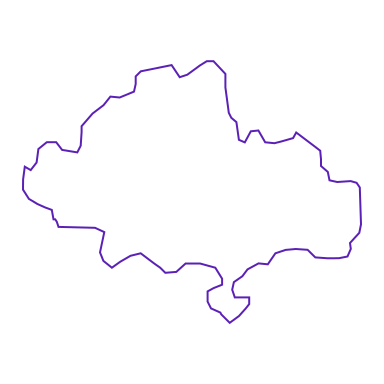 the district of Jinju-si, South Gyeongsang, South Korea
{"feature_id": "91817680B32789615967236", "entity_name": "Jinju-si", "entity_type": "district", "adm_level": 2, "iso_a3": "KOR", "parent_name": "South Korea", "parent_adm1": "South Gyeongsang", "projection": "orthographic", "projection_center": [128.134, 35.192], "detail": "fine", "context": "isolated", "style": "outline", "palette": "violet", "viewbox_px": 384, "rotation_deg": 0, "n_neighbors": 0, "source": "geoboundaries", "source_scale": "gbopen_adm2", "svg_char_len": 1373}
<svg xmlns="http://www.w3.org/2000/svg" viewBox="0 0 384 384"><path d="M171.6,65.1L140.8,71.3L135.7,76.4L135.7,84.0L134.0,91.6L119.7,97.5L110.4,96.6L103.6,105.1L92.6,113.5L81.6,126.2L81.6,132.1L80.7,145.7L77.3,152.4L62.1,149.9L56.2,142.2L46.8,142.2L38.4,149.0L36.6,162.5L30.7,170.1L24.8,166.7L23.1,179.4L23.0,189.6L28.9,198.9L37.4,204.0L45.0,207.4L51.8,209.9L53.5,219.3L55.2,219.3L56.8,221.8L58.5,226.9L95.0,227.8L104.3,232.1L100.0,252.4L103.4,260.9L111.9,267.7L120.3,261.7L130.5,255.8L140.7,253.3L154.2,263.5L160.2,267.7L165.3,272.8L176.3,271.9L185.6,263.5L200.0,263.5L215.3,267.7L222.1,278.7L222.1,284.7L213.6,288.1L207.6,291.4L207.6,301.6L211.0,308.4L220.4,312.6L221.2,314.3L229.7,322.8L239.0,316.0L245.8,308.4L249.2,304.1L249.2,297.4L234.8,297.4L232.2,289.7L233.9,282.1L242.4,276.2L247.5,269.4L258.5,263.4L267.8,264.3L275.4,253.3L285.6,249.9L295.8,249.0L307.6,249.8L315.3,257.4L328.0,258.3L339.0,258.2L347.5,256.5L350.8,248.9L350.0,243.0L359.3,232.8L361.0,224.3L359.8,187.5L356.6,182.8L350.7,181.1L337.2,182.0L329.5,180.3L327.8,171.9L321.0,166.0L321.0,159.2L320.2,150.7L312.5,144.8L296.2,132.5L293.1,138.1L281.2,141.5L274.5,143.2L265.2,142.3L258.4,130.5L250.8,131.3L244.8,142.4L238.9,139.8L236.4,122.1L231.3,117.8L228.8,112.8L225.4,87.4L225.4,73.9L213.5,61.2L206.8,61.2L200.0,65.4L187.3,74.7L179.7,77.2L171.6,65.1Z" fill="none" stroke="#5b21b6" stroke-width="2"/></svg>